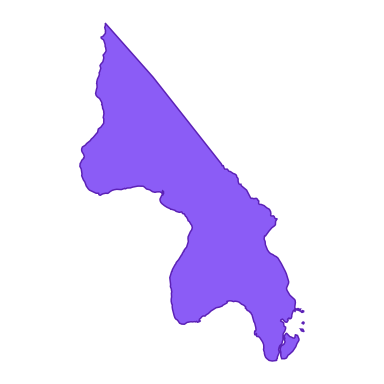 South Vella la Vella, Western, Solomon Islands
{"feature_id": "97153195B32598831162283", "entity_name": "South Vella la Vella", "entity_type": "district", "adm_level": 2, "iso_a3": "SLB", "parent_name": "Solomon Islands", "parent_adm1": "Western", "projection": "robinson", "projection_center": [156.664, -7.876], "detail": "fine", "context": "isolated", "style": "filled", "palette": "violet", "viewbox_px": 384, "rotation_deg": 0, "n_neighbors": 0, "source": "geoboundaries", "source_scale": "gbopen_adm2", "svg_char_len": 6028}
<svg xmlns="http://www.w3.org/2000/svg" viewBox="0 0 384 384"><path d="M105.1,23.0L105.4,23.6L105.4,24.8L105.2,26.2L104.7,27.3L105.6,31.0L105.4,31.3L105.4,33.3L103.7,35.4L103.6,35.8L101.8,36.9L101.2,37.0L101.1,37.6L101.4,38.4L103.5,39.8L104.0,41.0L105.1,44.4L105.2,46.8L105.6,47.3L106.1,50.7L105.6,51.9L103.8,54.4L103.1,55.1L103.7,57.2L103.7,58.3L102.9,61.7L100.7,64.3L100.0,65.6L100.8,68.3L99.7,71.7L99.1,72.8L99.4,74.3L98.9,76.0L97.4,79.2L96.8,81.9L96.9,82.3L96.6,83.6L96.9,84.0L97.1,87.3L96.5,89.2L95.6,93.5L96.2,95.5L97.5,97.0L99.6,98.5L101.6,102.1L102.0,103.8L102.0,104.2L101.7,104.5L102.4,106.0L102.7,108.8L103.0,109.0L103.4,109.9L103.9,112.2L103.7,112.8L104.0,113.5L103.2,117.8L103.6,118.2L103.8,119.0L103.7,123.2L101.0,127.0L98.3,129.0L97.5,132.6L96.8,133.1L93.3,137.3L91.2,139.2L90.3,140.6L86.4,143.7L86.0,144.5L85.1,145.3L82.4,147.0L81.7,148.8L81.6,150.2L82.0,151.7L83.6,154.3L84.3,156.4L84.0,157.9L83.6,157.9L83.3,158.9L82.5,159.4L81.7,160.5L80.7,162.8L80.2,163.3L79.9,166.4L81.2,168.9L82.0,174.0L81.7,175.7L83.3,179.7L84.9,182.1L86.3,186.1L88.3,188.9L89.5,190.1L96.0,193.2L98.6,193.3L98.9,194.6L99.6,195.1L100.5,195.2L102.2,194.1L103.4,193.7L105.9,193.2L107.2,193.4L108.3,193.1L110.2,191.5L112.1,190.4L114.3,189.7L116.8,189.3L121.3,189.6L124.7,188.4L125.0,188.8L125.5,188.8L127.2,188.0L130.4,187.9L132.7,187.1L137.9,186.1L143.0,186.2L144.4,187.0L146.5,189.0L149.7,189.8L152.5,191.7L155.0,192.3L156.9,191.9L159.7,191.8L161.6,192.6L162.3,194.1L162.7,194.1L162.3,191.8L162.6,190.8L163.5,191.5L163.6,193.4L163.0,194.7L162.7,195.1L161.9,195.2L161.7,195.5L160.1,198.8L160.0,199.6L160.2,200.9L160.8,202.3L161.9,203.6L164.5,205.7L167.2,207.4L170.0,208.6L170.7,209.3L171.6,209.3L175.1,210.4L175.4,210.9L176.5,211.5L178.9,212.2L179.8,212.3L181.4,211.9L182.0,212.2L182.2,212.9L182.6,213.4L183.2,213.8L184.0,213.7L184.5,214.2L185.5,216.2L186.4,216.9L187.6,219.0L188.1,220.7L189.4,221.6L191.1,224.6L191.7,225.2L192.3,227.7L191.7,229.8L190.4,231.7L188.1,236.8L188.0,238.6L188.3,241.7L186.6,247.1L184.4,249.7L184.0,251.1L183.5,251.2L183.5,251.7L182.4,253.3L181.9,254.8L181.5,255.0L178.7,259.6L176.3,262.4L175.8,263.8L175.0,264.8L172.4,269.6L172.1,271.2L171.7,271.3L169.8,277.6L170.6,284.5L170.4,286.7L171.4,289.1L171.4,289.9L171.8,292.0L171.4,293.1L171.6,296.9L171.2,299.2L171.2,301.4L171.7,303.8L172.3,304.8L172.2,307.0L172.5,309.2L174.1,315.5L174.9,317.8L176.1,319.3L177.1,319.8L177.8,320.5L179.6,323.2L181.8,324.1L184.5,324.2L187.1,322.4L191.0,321.7L192.4,321.9L194.7,321.6L195.6,321.9L196.7,321.4L197.4,322.2L197.8,322.2L199.9,321.4L200.2,321.0L200.0,320.8L199.1,321.0L199.5,319.1L200.2,318.7L201.9,316.7L202.8,316.1L204.0,315.9L204.9,316.1L205.4,315.8L206.2,314.8L208.4,313.5L211.1,310.9L216.2,307.7L219.4,307.1L222.1,306.1L222.9,305.2L226.9,303.0L227.4,301.9L227.1,301.4L229.4,300.8L231.3,300.9L233.6,301.6L235.0,301.2L237.2,301.5L238.9,302.0L241.6,304.2L243.6,305.1L244.6,305.9L245.7,307.0L245.3,308.0L246.2,308.8L246.8,309.9L247.7,310.6L248.9,311.1L249.8,312.1L250.3,312.2L250.5,312.8L251.0,313.0L251.4,314.1L252.0,314.8L253.9,321.7L254.7,323.0L255.8,327.6L256.0,329.9L255.5,331.1L255.1,331.3L254.7,331.2L254.5,333.3L254.8,333.7L254.7,334.6L255.3,334.8L256.5,333.8L256.6,334.2L256.1,335.0L256.8,336.4L257.2,336.6L258.2,336.3L259.9,337.8L262.5,341.8L263.4,343.9L263.7,345.1L263.8,348.2L263.5,349.2L263.8,350.7L264.4,352.3L264.4,353.5L264.8,355.2L265.6,357.2L266.6,358.4L269.1,360.4L272.2,361.0L276.2,360.5L276.6,360.2L276.4,359.7L277.3,358.5L277.4,356.8L279.4,352.3L278.6,349.9L278.9,348.1L279.7,345.8L281.7,343.8L282.1,343.1L282.3,341.6L283.0,339.7L283.3,338.1L283.0,338.0L283.1,334.1L283.6,332.8L284.7,331.3L285.6,328.7L285.6,327.1L284.2,326.3L283.7,324.6L283.7,323.3L283.4,322.6L282.4,322.1L281.8,321.4L280.9,321.2L280.6,320.9L280.9,319.8L282.4,319.1L282.9,319.4L285.0,321.8L286.0,322.2L286.9,322.2L288.0,320.6L288.1,320.1L287.6,319.4L288.1,318.7L288.8,318.1L289.1,318.1L289.2,318.6L289.8,318.8L290.4,318.7L291.1,318.3L291.7,316.9L291.8,315.1L292.3,313.2L293.4,310.6L293.9,310.2L294.4,309.9L294.5,310.9L295.0,311.4L295.2,311.1L294.9,310.1L295.4,309.8L298.5,310.2L299.4,310.8L300.0,310.3L300.5,309.1L299.3,309.2L298.0,308.5L297.1,309.0L296.4,309.0L294.8,308.2L294.8,306.8L295.4,302.6L295.1,300.4L294.7,299.6L289.9,295.2L287.1,290.5L286.6,289.0L286.6,287.8L288.5,283.4L288.7,281.9L288.5,281.0L286.4,274.0L285.2,271.2L281.3,263.6L277.9,258.0L276.2,256.6L274.3,255.7L272.9,254.6L270.8,253.7L269.3,252.5L267.5,250.0L265.4,244.8L265.1,241.5L264.1,239.1L264.5,236.1L265.0,235.7L265.5,235.9L268.9,231.2L271.8,227.8L274.4,225.9L275.4,224.8L275.6,221.3L277.0,219.0L276.5,218.7L275.7,218.8L274.7,218.0L274.2,216.6L273.5,215.9L271.7,216.0L270.8,215.7L270.6,215.0L270.9,213.9L270.6,211.7L269.6,209.7L269.1,209.1L266.7,207.8L264.1,205.6L261.1,204.4L259.6,204.4L258.8,203.8L258.6,203.4L258.8,201.0L257.9,200.4L257.7,199.6L256.8,198.6L256.1,198.3L253.8,198.7L252.6,198.3L251.2,198.3L250.6,197.9L246.6,190.1L241.3,185.7L240.9,184.2L239.8,184.4L238.8,183.7L238.1,181.2L238.1,178.9L237.7,178.0L236.8,177.1L236.5,175.6L236.0,174.8L235.0,174.1L232.9,173.3L230.5,171.6L228.8,171.2L227.4,169.2L224.8,169.1L224.2,168.3L223.3,165.7L222.8,165.5L222.2,165.7L221.2,163.7L153.0,77.1L105.1,23.0ZM299.0,339.1L297.5,335.4L296.4,335.3L296.0,334.8L295.4,334.8L295.0,336.4L295.0,337.5L294.3,338.1L293.2,338.0L290.9,336.9L289.8,336.6L286.7,333.3L285.9,333.6L284.3,335.8L284.4,337.4L284.9,338.2L284.6,338.8L284.6,340.5L285.1,341.6L284.6,343.0L283.9,344.0L283.9,344.3L281.6,345.7L281.0,346.5L280.4,348.2L280.3,350.1L280.8,352.2L280.8,355.8L281.7,358.7L284.8,358.7L286.5,358.0L288.1,355.1L289.4,354.3L292.7,351.3L295.8,346.7L296.9,343.7L298.9,340.4L299.0,339.1ZM303.8,331.4L303.7,330.8L302.8,329.2L301.0,329.1L301.5,329.5L301.3,330.0L301.0,330.0L301.4,330.8L303.4,331.5L303.8,331.4ZM303.7,311.1L302.6,310.6L301.4,311.2L300.6,311.2L301.7,312.3L302.7,312.3L302.9,311.9L303.6,311.8L303.7,311.1ZM304.1,322.9L303.7,322.2L303.4,322.5L302.8,322.2L302.1,323.0L302.8,323.3L302.9,323.7L303.5,323.9L304.1,322.9Z" fill="#8b5cf6" stroke="#5b21b6" stroke-width="1.5"/></svg>